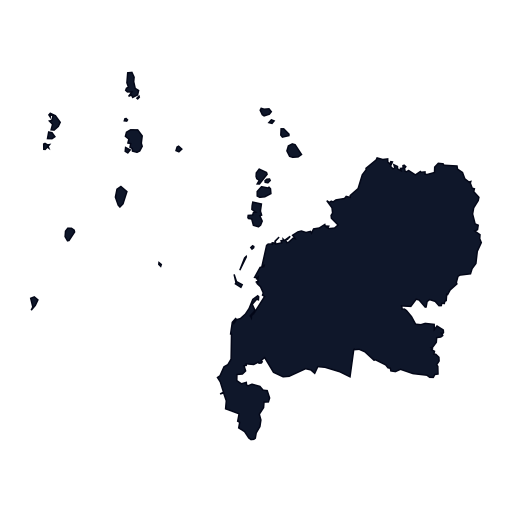 the district of Kota Makassar, Sulawesi Selatan, Indonesia
{"feature_id": "22746128B73854317646589", "entity_name": "Kota Makassar", "entity_type": "district", "adm_level": 2, "iso_a3": "IDN", "parent_name": "Indonesia", "parent_adm1": "Sulawesi Selatan", "projection": "mercator", "projection_center": [119.406, -5.12], "detail": "fine", "context": "isolated", "style": "filled", "palette": "ink", "viewbox_px": 512, "rotation_deg": 0, "n_neighbors": 0, "source": "geoboundaries", "source_scale": "gbopen_adm2", "svg_char_len": 6088}
<svg xmlns="http://www.w3.org/2000/svg" viewBox="0 0 512 512"><path d="M443.3,330.0L437.0,326.0L434.3,329.6L434.2,324.4L425.2,323.4L420.9,324.7L415.6,324.2L411.5,316.6L406.5,310.6L404.5,309.1L402.2,309.2L401.6,305.9L410.8,306.4L416.2,299.2L419.1,300.0L425.2,307.1L426.1,307.0L427.1,301.5L429.6,299.6L435.2,301.4L439.0,305.7L441.3,305.6L441.8,303.2L444.3,303.5L444.8,301.3L446.2,300.6L446.7,294.2L447.6,294.6L450.1,290.0L456.9,283.9L456.3,282.5L458.0,276.3L459.9,275.1L470.5,273.8L472.1,268.6L475.9,263.5L477.3,251.3L481.3,242.6L479.7,238.7L480.0,234.7L474.7,231.0L477.5,229.7L478.2,225.2L475.1,223.9L472.6,214.0L473.7,207.8L478.2,200.6L478.9,197.3L473.7,191.6L474.4,188.8L472.2,188.2L470.3,183.1L470.8,181.5L468.9,182.0L464.8,178.8L462.5,172.5L457.5,169.1L457.0,166.0L445.3,165.3L443.5,165.0L443.1,163.8L438.3,163.3L434.7,167.1L434.5,172.5L427.2,174.5L425.1,174.3L425.0,171.9L421.1,172.3L420.4,171.5L415.4,174.9L408.6,170.5L406.4,171.8L405.1,171.3L404.5,168.4L405.8,166.7L404.2,165.2L403.0,165.6L403.1,168.2L400.5,168.4L401.2,170.8L397.5,168.9L397.5,166.5L393.9,164.8L394.8,168.0L393.0,168.9L390.5,166.3L392.4,161.9L390.8,161.6L389.9,164.0L387.8,162.1L387.7,158.9L382.8,159.5L377.1,157.9L376.2,159.9L366.0,168.3L366.2,169.7L362.3,174.8L358.1,188.6L350.2,195.5L350.3,197.4L346.2,196.4L344.5,198.5L336.0,199.9L333.1,201.9L331.2,201.2L329.4,202.4L326.8,200.7L332.0,207.8L332.6,213.1L331.1,215.4L331.4,218.2L338.1,225.0L334.5,228.1L328.7,228.6L326.7,227.3L328.2,227.3L328.7,226.2L325.2,226.0L324.8,224.5L319.3,228.0L313.6,228.9L311.5,233.2L310.5,231.4L306.0,232.5L301.4,231.0L297.9,231.9L291.9,235.7L292.9,235.2L295.1,238.7L293.1,238.2L288.7,242.2L286.9,242.8L285.4,240.0L287.5,239.3L287.2,238.8L289.0,237.8L290.2,236.3L284.5,240.5L283.1,239.1L283.2,240.5L281.1,240.7L281.7,242.8L275.9,244.1L275.2,241.3L279.1,237.1L275.0,241.2L275.1,243.7L273.5,242.9L272.6,243.9L272.3,242.2L272.0,244.0L268.1,244.1L266.6,245.4L262.1,265.6L264.3,265.2L264.0,266.6L260.1,267.4L254.6,277.4L257.1,277.9L258.3,276.8L258.1,278.8L257.8,279.0L256.9,278.7L256.0,278.7L257.9,279.2L257.9,281.7L256.4,281.8L256.4,282.1L258.0,281.7L257.1,283.5L260.5,286.7L263.3,293.0L262.5,295.1L264.6,296.5L253.5,314.1L251.6,315.4L251.4,318.0L250.2,315.9L255.0,310.4L252.2,304.3L256.7,299.2L258.4,299.8L258.7,296.8L257.7,295.8L252.8,299.4L249.1,308.5L245.4,314.1L240.4,318.6L236.4,319.7L233.8,323.7L233.0,322.9L236.1,318.0L232.3,322.3L230.6,334.0L231.5,334.3L231.1,359.1L227.9,364.6L224.0,366.8L220.0,375.8L217.5,377.5L220.3,381.9L223.5,392.2L220.1,394.0L223.6,392.9L226.3,400.8L225.6,408.8L239.1,413.8L237.7,421.2L239.7,422.3L238.7,427.9L244.6,431.6L248.8,438.0L251.0,439.6L253.8,439.3L255.3,438.2L256.2,432.9L259.9,426.6L260.9,420.0L259.3,414.2L263.6,407.6L264.0,402.1L268.4,401.9L269.6,398.0L267.2,390.6L263.1,390.2L259.9,386.4L252.0,384.2L248.0,385.8L246.5,384.9L246.3,382.4L241.4,383.8L236.8,380.6L236.9,374.5L242.4,374.0L245.6,370.9L244.0,365.7L246.2,365.4L246.2,363.8L253.7,364.5L258.3,362.1L259.0,363.2L261.3,363.0L262.2,361.8L261.2,360.3L264.7,357.6L273.5,372.3L283.1,376.8L289.1,376.3L305.6,368.7L310.8,369.9L314.7,373.3L317.8,366.6L325.1,367.3L339.9,371.8L350.0,376.8L353.9,348.5L354.2,349.7L359.2,349.3L364.9,351.8L374.0,360.2L375.5,359.8L385.7,364.9L388.0,367.8L390.3,368.2L390.9,370.9L395.4,371.6L400.5,369.3L413.0,373.6L426.9,375.2L429.7,377.3L433.3,377.4L434.8,374.5L438.0,374.0L437.8,366.3L436.6,364.8L439.1,361.0L438.9,357.3L435.8,354.3L433.8,354.1L434.5,351.3L431.5,349.7L432.4,348.8L431.2,347.7L432.5,347.4L436.3,342.3L436.7,337.6L440.8,337.0L442.7,335.6L441.5,333.3L442.7,333.6L443.5,332.5L443.3,330.0ZM141.3,143.2L142.2,135.9L137.7,129.9L130.6,129.8L126.5,132.2L125.4,136.3L128.9,139.1L127.9,143.0L130.7,143.6L130.0,147.2L132.2,148.5L132.5,151.1L137.0,152.3L139.7,151.0L142.2,146.3L141.3,143.2ZM261.4,204.0L252.8,202.1L252.1,205.8L251.9,209.4L255.8,212.2L253.4,212.6L252.6,215.1L248.2,215.4L247.9,217.4L248.4,218.5L251.7,219.0L253.4,225.3L258.5,226.8L260.6,225.1L262.2,221.1L259.8,215.8L261.6,215.1L260.4,211.1L261.4,204.0ZM131.9,72.4L127.7,72.8L126.9,82.8L128.5,87.2L126.5,88.2L125.7,90.3L127.4,91.9L131.9,92.0L128.6,96.3L131.5,95.0L132.7,97.4L137.6,94.9L138.6,90.5L135.2,88.4L133.7,81.7L134.1,77.2L131.9,72.4ZM119.9,207.0L123.0,203.8L126.9,191.6L120.9,186.5L117.0,189.2L115.4,197.1L118.2,205.1L119.9,207.0ZM298.1,156.9L301.5,154.5L295.1,144.7L292.3,143.9L288.4,145.9L286.9,150.9L289.6,156.3L292.7,157.3L298.1,156.9ZM268.2,188.0L261.5,186.7L257.2,191.5L257.2,196.0L259.7,197.3L264.8,196.8L270.9,193.6L270.5,188.8L269.0,187.2L268.2,188.0ZM55.4,115.7L50.3,113.3L48.9,114.9L50.2,116.9L50.3,114.8L53.1,115.8L51.8,120.3L49.4,121.0L52.6,124.3L51.1,129.8L54.1,130.1L58.3,126.4L60.2,122.3L55.4,115.7ZM259.4,184.0L267.1,174.3L266.5,172.5L259.2,169.1L256.3,172.9L256.1,176.5L256.8,178.7L259.3,180.3L257.2,183.9L259.4,184.0ZM71.5,228.3L67.8,228.2L65.5,231.2L65.1,236.6L67.5,240.8L69.0,240.5L74.6,232.0L74.1,230.1L71.5,228.3ZM264.1,109.2L261.2,108.3L260.2,110.2L262.3,114.7L264.1,115.9L269.3,114.2L271.3,111.7L269.0,108.8L264.1,109.2ZM289.0,134.2L283.7,128.8L281.1,128.8L280.8,135.1L282.4,137.1L288.9,135.6L289.0,134.2ZM37.9,299.9L34.3,296.9L30.7,298.3L32.8,307.0L31.2,310.2L35.3,305.4L37.9,299.9ZM52.0,132.7L48.7,132.0L47.5,138.6L52.0,138.7L54.9,136.7L52.0,132.7ZM178.9,151.8L181.8,149.1L178.6,146.2L177.1,147.0L176.0,150.6L178.9,151.8ZM47.6,144.9L45.0,143.4L43.7,144.0L43.8,149.3L45.2,149.4L47.3,147.0L48.8,148.1L48.1,146.3L49.5,144.6L47.6,144.9ZM236.5,281.6L234.1,274.4L236.0,282.7L235.4,283.8L240.9,287.3L242.2,284.7L236.5,281.6ZM127.8,152.9L130.2,149.9L125.6,147.5L125.2,151.3L127.8,152.9ZM267.9,182.8L270.2,180.5L269.5,179.0L266.8,179.2L265.0,180.7L265.2,182.3L267.9,182.8ZM272.0,123.4L274.1,120.9L271.4,119.8L268.9,122.6L272.0,123.4ZM239.8,270.2L246.3,256.9L246.2,256.4L244.6,258.0L239.8,270.2ZM126.7,121.1L127.5,119.9L126.1,118.5L124.9,118.8L124.3,120.8L126.7,121.1ZM160.7,266.3L161.3,264.5L159.0,262.6L158.8,264.4L160.7,266.3ZM137.7,98.9L139.3,97.2L139.0,96.2L136.9,98.2L137.7,98.9ZM252.6,245.8L250.8,247.5L252.0,249.1L253.7,247.7L253.8,246.5L252.6,245.8Z" fill="#0f172a" stroke="#020617" stroke-width="1.5"/></svg>